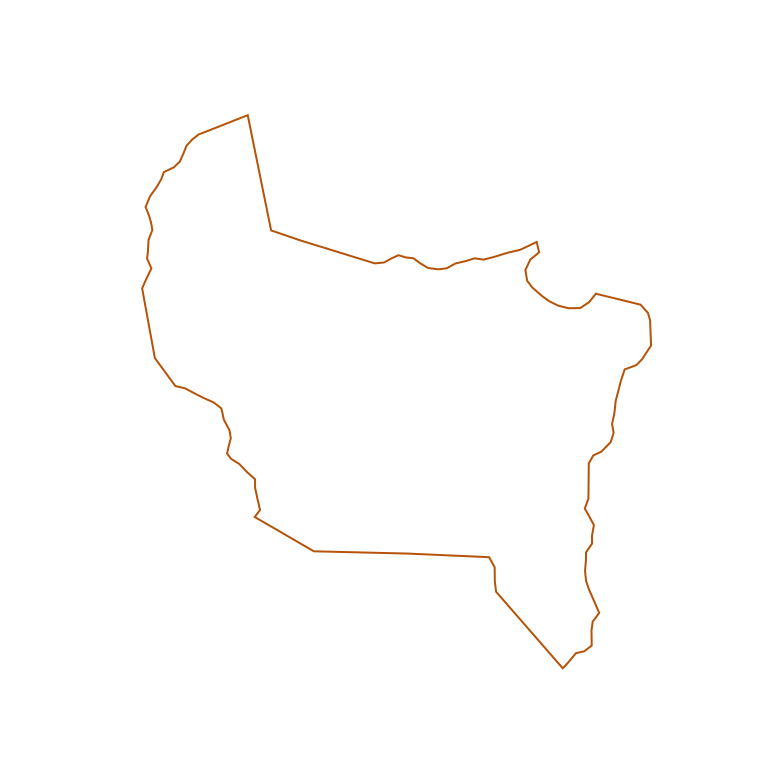 the district of Aparecida, Paraíba, Brazil, rotated 290°
{"feature_id": "56859067B78543699669517", "entity_name": "Aparecida", "entity_type": "district", "adm_level": 2, "iso_a3": "BRA", "parent_name": "Brazil", "parent_adm1": "Paraíba", "projection": "orthographic", "projection_center": [-38.057, -6.786], "detail": "fine", "context": "isolated", "style": "outline", "palette": "amber", "viewbox_px": 768, "rotation_deg": 290, "n_neighbors": 0, "source": "geoboundaries", "source_scale": "gbopen_adm2", "svg_char_len": 1641}
<svg xmlns="http://www.w3.org/2000/svg" viewBox="0 0 768 768"><g transform="rotate(290 384 384)"><path d="M507.8,104.6L500.6,104.7L491.5,103.1L480.6,100.0L468.8,99.4L461.8,105.7L456.0,109.9L449.5,113.7L439.1,113.4L427.8,116.8L420.6,118.6L413.1,125.9L401.6,124.7L391.2,124.0L343.2,152.1L330.0,159.8L310.7,188.7L311.9,198.4L310.3,209.8L309.2,219.0L308.4,230.4L305.4,239.6L295.7,245.7L287.6,254.7L280.6,258.6L272.6,259.3L265.0,260.3L261.3,266.1L259.4,275.2L254.5,285.1L250.4,295.4L242.3,298.4L232.6,304.5L223.2,310.6L214.8,308.0L202.8,375.3L232.7,464.1L257.2,542.0L249.6,550.7L236.5,555.6L227.1,560.4L178.0,649.2L185.2,652.3L196.8,656.5L201.4,663.7L209.3,668.6L223.3,663.3L232.0,661.4L242.5,664.5L251.5,656.0L261.4,646.6L268.1,641.2L277.2,636.8L287.7,634.0L294.9,631.4L305.2,634.1L312.4,631.4L323.2,629.5L330.7,621.1L335.6,615.3L346.2,615.3L358.7,610.9L379.4,603.6L388.5,605.1L394.5,611.2L406.9,616.9L416.7,616.5L424.4,612.0L435.7,610.4L447.3,607.5L457.2,606.6L467.8,605.5L480.1,605.2L488.1,614.7L495.7,618.1L503.5,619.9L511.4,621.8L518.6,618.9L526.9,615.5L534.8,612.3L541.0,607.8L546.3,598.0L541.3,552.2L531.1,548.8L522.5,542.4L518.3,531.5L517.2,520.8L518.3,510.9L520.8,502.2L525.4,490.3L530.0,483.2L539.4,477.9L550.8,478.9L560.8,484.7L569.7,478.9L563.2,472.6L556.4,465.7L549.7,455.4L541.6,444.7L535.0,435.2L533.1,426.2L527.3,418.5L521.6,409.8L514.2,403.4L510.3,395.7L508.1,385.8L509.7,377.2L512.2,368.7L510.3,360.7L510.0,353.6L504.4,347.9L498.2,342.5L494.2,334.1L490.3,256.2L489.7,225.4L590.0,164.0L555.0,124.4L548.1,120.1L540.3,116.9L532.7,116.7L523.2,116.1L515.6,112.3L507.8,104.6Z" fill="none" stroke="#b45309" stroke-width="2"/></g></svg>